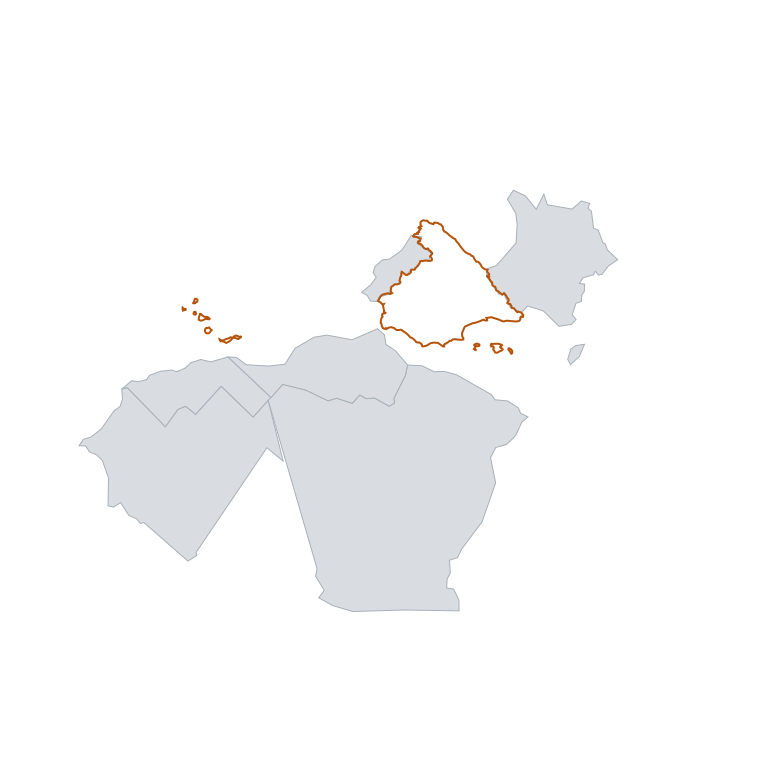 Spain shown with its bordering countries, rotated 40°
{"feature_id": "ESP", "entity_name": "Spain", "entity_type": "country or territory", "adm_level": 0, "iso_a3": "ESP", "parent_name": "Europe", "parent_adm1": "", "projection": "orthographic", "projection_center": [-5.186, 35.705], "detail": "fine", "context": "with_neighbors", "style": "outline", "palette": "amber", "viewbox_px": 768, "rotation_deg": 40, "n_neighbors": 6, "source": "natural_earth", "source_scale": "50m", "svg_char_len": 9045}
<svg xmlns="http://www.w3.org/2000/svg" viewBox="0 0 768 768"><g transform="rotate(40 384 384)"><path d="M306.2,467.0L305.1,493.6L260.8,490.5L259.3,528.4L246.3,528.8L242.6,536.0L244.1,557.4L189.8,551.9L186.4,556.4L188.6,543.6L194.2,540.3L199.3,533.2L198.8,528.1L204.3,518.3L212.5,509.7L217.3,507.8L221.5,499.6L222.4,491.7L227.9,483.0L237.1,478.4L247.1,463.5L306.2,467.0Z" fill="#d9dde1" stroke="#a8b0b8" stroke-width="1"/><path d="M463.6,134.5L468.8,137.7L483.1,138.6L480.0,149.2L480.5,159.8L478.2,162.7L473.4,161.9L474.3,165.6L468.2,174.7L469.0,181.4L473.5,178.5L478.0,184.5L478.2,188.7L482.1,193.9L479.2,198.8L483.6,209.9L489.6,211.1L489.4,217.7L481.0,227.3L459.1,225.6L443.8,231.9L443.4,241.0L430.8,243.9L417.8,238.0L414.0,241.4L393.3,235.6L388.7,229.9L394.0,220.8L394.5,191.0L383.1,175.8L375.3,168.6L359.7,163.1L358.6,152.4L371.5,149.0L388.3,152.3L384.4,135.8L394.0,141.7L415.7,129.1L417.5,117.0L425.4,113.4L427.4,118.4L431.8,118.3L444.4,130.0L449.2,128.4L460.9,135.1L463.6,134.5ZM506.0,231.5L512.0,224.8L516.0,237.2L514.4,249.3L508.9,247.0L504.7,237.3L506.0,231.5Z" fill="#d9dde1" stroke="#a8b0b8" stroke-width="1"/><path d="M186.4,556.4L189.8,551.9L244.1,557.4L242.6,536.0L246.3,528.8L259.3,528.4L260.8,490.5L305.1,493.6L305.8,471.0L356.3,507.9L335.3,508.1L348.3,634.0L350.8,635.7L347.6,645.7L289.2,644.5L287.0,647.5L281.4,646.3L273.1,648.7L258.5,644.2L255.8,652.3L250.8,654.6L233.3,633.0L217.3,623.6L209.4,623.0L202.2,625.3L195.2,623.3L190.1,627.3L189.3,619.5L193.7,612.9L196.3,599.7L194.4,577.9L196.3,570.8L193.2,563.5L186.4,556.4Z" fill="#d9dde1" stroke="#a8b0b8" stroke-width="1"/><path d="M305.8,471.0L306.6,449.4L328.1,438.9L352.0,432.8L356.9,425.3L372.1,419.2L372.5,408.0L379.9,406.6L385.6,400.8L402.2,397.8L404.3,391.8L400.8,388.7L394.9,363.8L389.9,354.3L401.4,345.6L414.5,342.4L421.8,335.8L433.2,330.4L473.0,323.1L479.2,324.7L489.7,317.5L502.3,315.9L507.5,318.7L515.4,316.7L514.1,324.7L518.0,338.7L516.8,351.4L510.4,360.8L512.9,371.9L533.1,388.0L547.7,426.5L549.6,460.7L551.9,469.8L547.4,476.8L556.4,486.4L557.6,492.6L563.2,500.0L569.1,496.3L580.3,501.4L587.3,509.5L544.1,544.7L506.4,578.3L487.0,586.8L471.4,589.7L470.8,580.5L455.2,575.2L451.6,568.6L305.8,471.0Z" fill="#d9dde1" stroke="#a8b0b8" stroke-width="1"/><path d="M309.4,252.8L318.3,247.1L320.9,254.6L336.0,253.5L339.1,261.1L333.7,265.1L333.4,276.8L331.5,279.0L330.8,286.1L325.8,287.2L330.3,296.4L326.8,306.2L330.8,310.8L324.5,320.4L325.4,325.4L320.4,329.2L314.1,326.9L307.9,328.3L310.1,316.6L309.4,307.3L304.1,305.7L301.6,299.9L303.0,290.0L307.9,284.8L311.7,269.8L309.4,252.8Z" fill="#d9dde1" stroke="#a8b0b8" stroke-width="1"/><path d="M253.9,458.5L266.3,457.7L284.0,444.5L295.4,432.5L292.9,413.7L300.4,393.1L308.9,383.2L331.1,370.7L343.6,345.9L352.6,346.0L360.0,352.4L371.7,351.2L389.9,354.3L394.9,363.8L400.8,388.7L404.3,391.8L402.2,397.8L385.6,400.8L379.9,406.6L372.5,408.0L372.1,419.2L356.9,425.3L352.0,432.8L328.1,438.9L306.6,449.4L306.2,467.0L247.1,463.5L253.9,458.5Z" fill="#d9dde1" stroke="#a8b0b8" stroke-width="1"/><path d="M389.9,230.1L389.9,230.6L390.4,231.3L390.8,231.6L391.8,231.9L393.5,232.1L394.2,232.5L394.3,233.1L394.1,233.8L393.6,235.0L393.8,235.3L394.1,235.5L394.8,235.5L395.3,234.6L395.5,234.5L395.5,234.8L395.7,235.1L396.9,235.6L399.7,236.6L401.6,236.7L401.8,237.1L403.6,238.7L404.8,238.6L405.7,238.5L406.3,238.1L406.8,238.1L407.8,238.7L408.6,239.2L409.3,239.8L409.7,240.0L412.4,239.4L413.0,239.8L414.4,239.6L415.9,239.7L417.2,239.6L417.3,239.4L417.3,237.9L417.4,237.4L417.7,237.2L418.5,237.3L421.3,238.0L423.5,238.9L424.5,238.8L425.1,239.1L426.1,240.5L426.0,241.2L426.2,241.9L426.2,242.5L426.5,242.8L427.4,242.7L429.3,241.6L431.0,242.2L431.8,242.6L432.5,243.6L433.1,243.6L433.7,243.1L434.8,242.5L439.0,243.3L439.9,243.3L440.1,242.5L440.4,242.2L441.6,241.8L442.4,241.3L443.3,241.1L445.3,241.5L446.0,241.4L446.4,242.3L447.0,242.6L447.3,243.4L446.3,243.9L445.7,244.1L445.7,245.5L446.0,245.8L446.6,246.2L446.8,246.6L447.1,248.6L446.1,250.0L444.7,251.5L437.3,256.6L435.6,259.0L435.0,259.5L429.3,261.3L425.3,263.1L423.4,263.7L421.1,266.4L420.0,267.5L421.0,267.8L422.1,268.9L421.8,269.5L420.3,270.4L419.6,270.7L419.2,270.6L418.9,270.7L416.5,275.3L414.4,278.7L413.1,280.1L411.9,282.3L409.2,287.8L409.3,289.3L411.0,294.6L412.0,296.0L413.2,297.1L415.5,298.0L416.1,298.9L415.4,299.9L413.2,301.7L409.5,304.1L407.9,306.0L407.7,307.7L406.6,308.6L406.2,311.0L405.6,312.6L405.5,313.2L404.8,314.4L404.8,315.3L406.0,316.5L405.5,317.0L404.9,317.3L398.9,317.8L395.2,320.6L393.4,323.0L391.9,327.4L389.9,330.0L389.0,330.5L387.5,329.4L385.7,329.3L384.0,329.7L383.1,330.6L381.7,331.2L380.3,330.8L377.3,330.6L376.0,330.7L373.9,331.4L372.1,331.0L369.1,330.8L362.6,331.4L361.8,331.7L361.0,332.8L358.9,334.6L355.7,334.7L352.9,335.9L352.2,336.7L350.9,338.8L350.6,340.3L350.3,340.3L350.0,339.9L349.5,340.0L349.3,341.2L348.2,341.7L347.3,341.9L345.1,341.0L343.2,339.5L342.3,339.4L340.7,337.2L340.0,335.8L339.6,334.3L339.7,333.7L339.6,333.2L338.2,332.6L337.8,331.2L338.9,329.4L339.7,328.7L340.2,328.5L339.0,328.5L338.1,329.7L336.9,327.8L332.3,324.1L332.6,323.3L332.5,322.8L331.7,323.8L331.2,324.0L328.8,323.8L326.0,324.2L325.0,319.0L325.0,318.0L325.7,315.9L326.5,315.0L327.6,313.3L328.9,311.8L330.8,311.2L331.4,310.1L331.7,309.1L329.9,309.2L327.2,304.9L327.3,304.3L327.7,303.3L327.9,302.0L328.0,301.1L328.7,300.2L329.9,299.4L330.8,298.2L331.3,297.0L331.4,296.0L330.9,295.2L329.4,294.8L327.9,291.7L327.6,289.7L326.4,288.6L325.4,286.7L326.3,286.5L330.2,286.5L331.2,286.1L331.9,284.8L332.7,282.7L332.9,281.5L332.7,280.9L331.4,279.6L331.4,279.2L331.6,278.6L333.4,277.3L334.0,276.6L333.9,276.1L333.6,275.6L333.5,275.1L333.7,274.5L333.8,272.5L334.0,271.9L333.8,270.1L333.6,268.6L332.8,266.6L333.0,266.2L333.4,265.8L334.6,265.1L335.6,263.5L337.0,262.2L338.9,261.2L340.2,260.0L340.7,259.1L341.1,258.8L340.8,257.8L340.0,257.2L339.1,256.8L338.0,256.8L337.4,256.7L337.2,256.2L337.3,254.9L337.3,253.7L337.1,253.1L336.6,252.6L335.6,252.7L334.8,252.3L334.2,252.3L333.8,252.5L332.0,252.4L330.7,251.9L330.3,252.1L330.1,252.3L329.9,253.2L329.3,253.7L327.7,254.1L326.5,254.0L325.4,253.7L324.5,253.2L322.2,253.4L321.9,253.2L320.0,254.2L319.3,254.2L319.1,254.1L318.5,252.9L318.7,252.4L319.7,251.1L319.6,250.8L319.2,250.3L318.9,249.7L318.8,249.3L318.2,249.3L317.6,249.6L314.5,250.4L313.5,251.0L312.4,252.0L311.5,252.2L311.2,251.9L311.2,249.5L312.6,248.0L313.5,247.1L313.1,246.8L312.2,246.8L312.3,246.1L312.7,245.8L313.2,245.0L312.7,244.6L312.3,244.1L312.4,242.7L312.5,242.1L312.4,241.5L310.4,242.3L309.9,242.1L310.0,241.1L311.1,239.6L311.3,239.1L310.0,238.8L309.1,238.0L308.5,237.3L308.0,236.3L308.0,235.4L308.7,233.4L310.5,232.5L312.2,231.1L314.5,231.5L315.9,231.2L317.2,230.5L317.9,230.4L319.1,229.8L319.1,228.9L318.7,228.3L319.1,227.7L321.9,226.0L323.6,225.9L325.3,225.1L326.4,225.7L327.4,225.5L328.5,226.2L330.0,227.7L332.2,228.4L333.9,227.9L337.0,227.9L338.6,228.1L341.3,227.8L342.9,227.9L345.5,227.2L347.4,228.1L351.3,228.6L353.6,229.4L360.0,230.6L362.3,230.6L365.5,229.9L366.9,229.3L368.2,229.6L370.0,229.0L370.9,229.1L372.1,229.9L376.2,231.0L377.2,230.0L378.0,229.8L381.0,230.3L384.0,231.5L385.5,231.5L387.8,231.1L389.9,230.1ZM449.1,281.0L450.2,281.4L451.3,280.9L452.0,281.0L452.6,281.1L452.8,282.1L452.4,283.2L451.7,284.3L451.2,285.6L450.8,287.0L449.8,287.9L448.9,288.4L446.8,287.6L445.6,287.4L445.2,287.1L444.8,285.6L444.3,285.2L443.5,285.0L442.9,285.5L442.0,286.3L441.5,285.6L440.7,285.5L440.4,285.0L440.4,284.4L444.8,280.4L446.1,279.5L449.0,278.3L449.4,278.4L449.1,279.0L449.5,279.5L449.5,279.9L449.1,280.3L449.1,281.0ZM205.5,448.7L204.0,452.0L202.9,453.2L202.3,453.6L200.7,453.8L199.1,451.5L198.4,449.2L198.0,448.5L198.8,448.0L200.0,448.3L202.6,448.1L203.1,448.0L205.9,446.1L208.5,446.1L208.5,446.8L205.5,448.7ZM233.2,454.8L231.3,456.3L229.5,455.7L229.2,455.4L231.1,455.2L232.8,454.0L234.0,451.3L235.9,448.3L236.3,447.0L237.0,446.5L237.9,446.6L238.3,446.7L238.6,447.4L238.5,449.0L237.8,451.6L236.8,453.9L233.2,454.8ZM217.4,453.6L217.2,454.7L217.4,455.9L217.2,457.6L216.5,458.5L214.8,459.3L213.5,459.0L212.8,458.5L211.7,456.8L211.8,455.3L213.1,454.3L213.7,453.1L216.7,453.6L217.2,453.4L217.4,453.6ZM240.3,444.3L239.4,445.2L238.4,444.7L239.0,442.6L239.5,442.0L241.4,441.2L242.9,441.0L243.4,440.0L244.0,439.7L244.4,440.3L244.0,441.0L243.5,443.1L242.5,443.7L240.3,444.3ZM462.1,279.0L458.3,277.8L457.1,277.7L456.8,277.5L456.8,276.2L459.1,275.8L461.1,276.3L462.3,277.9L462.4,278.2L462.1,279.0ZM186.1,444.7L185.8,444.7L185.6,443.5L184.4,440.4L185.5,439.3L187.2,439.5L187.8,440.4L187.9,441.4L187.5,441.9L187.5,443.0L187.2,443.7L186.1,444.7ZM430.5,295.6L430.1,296.6L428.3,296.4L427.9,296.0L428.2,294.9L428.7,294.8L428.7,294.0L429.2,293.3L431.6,292.5L432.2,292.9L432.4,293.7L431.0,295.4L430.5,295.6ZM193.9,452.7L193.3,452.8L192.7,452.4L192.2,451.1L192.7,450.3L193.2,449.9L193.7,450.1L194.8,450.8L195.0,451.5L195.0,452.0L193.9,452.7ZM184.4,454.7L182.8,457.0L181.4,455.9L181.0,455.5L180.7,455.0L182.3,455.1L183.9,454.1L184.4,454.7ZM432.5,299.2L432.2,299.4L431.4,299.3L430.3,299.4L430.2,298.8L430.5,297.9L431.3,298.7L432.4,298.8L432.5,299.2Z" fill="none" stroke="#b45309" stroke-width="2"/></g></svg>